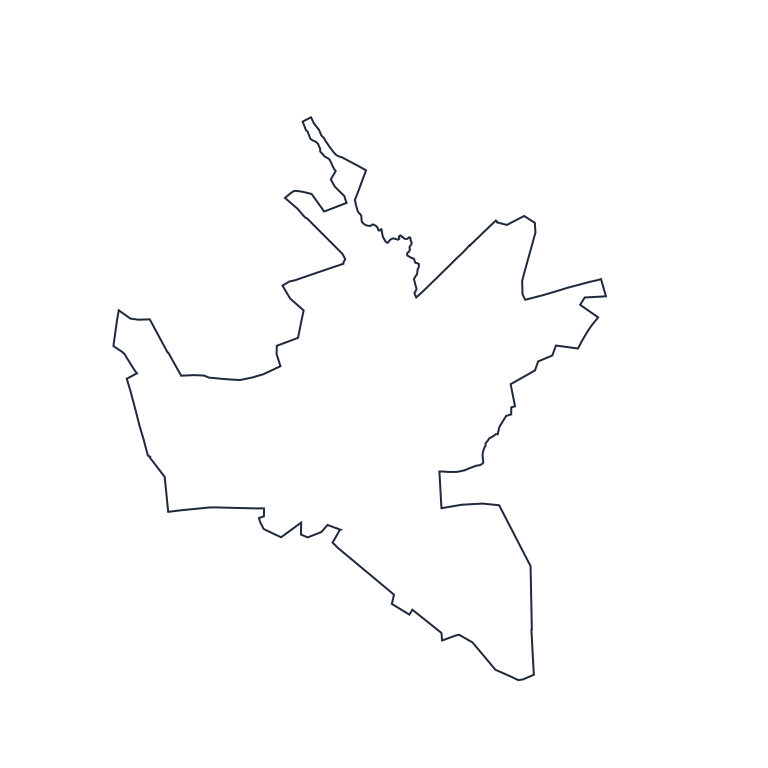 Valka, Valkas, Latvia (orthographic projection), rotated 28°
{"feature_id": "27541924B34676349154335", "entity_name": "Valka", "entity_type": "district", "adm_level": 2, "iso_a3": "LVA", "parent_name": "Latvia", "parent_adm1": "Valkas", "projection": "orthographic", "projection_center": [25.998, 57.777], "detail": "fine", "context": "isolated", "style": "outline", "palette": "slate", "viewbox_px": 768, "rotation_deg": 28, "n_neighbors": 0, "source": "geoboundaries", "source_scale": "gbopen_adm2", "svg_char_len": 5901}
<svg xmlns="http://www.w3.org/2000/svg" viewBox="0 0 768 768"><g transform="rotate(28 384 384)"><path d="M629.7,531.2L598.9,476.0L542.6,437.0L527.2,443.3L520.7,447.2L509.0,454.3L504.7,457.7L499.6,461.6L493.1,466.7L490.0,461.7L476.7,439.7L474.0,435.3L477.5,433.4L481.6,431.7L489.5,427.5L491.2,426.1L495.4,422.6L496.5,421.3L499.5,417.7L502.6,414.1L504.3,412.4L506.6,410.8L507.8,409.2L508.3,408.1L508.6,407.1L508.5,406.7L504.7,401.1L503.6,398.7L502.9,395.7L502.5,392.2L502.7,391.2L501.8,389.2L501.6,388.6L501.8,387.4L502.2,385.4L502.5,382.4L503.7,380.7L505.7,377.4L506.2,375.9L506.6,375.6L508.0,375.0L507.9,374.7L506.9,371.0L506.0,367.8L506.8,354.9L510.6,351.1L507.3,344.8L510.2,342.2L505.6,336.6L495.9,324.7L499.3,319.4L510.9,301.2L509.5,291.7L519.2,279.9L517.8,269.3L538.6,261.6L538.6,257.7L538.5,253.2L538.8,247.4L539.1,241.3L539.7,235.7L541.8,224.7L541.3,224.6L520.0,222.0L520.6,213.4L538.8,202.4L526.8,189.9L526.4,189.5L523.5,192.3L518.4,196.6L500.2,213.5L495.4,218.4L491.2,222.6L482.6,231.0L469.2,243.3L464.2,239.8L457.6,228.2L455.2,217.9L450.7,197.6L446.6,179.1L441.4,170.8L436.6,170.5L433.5,170.2L431.0,170.0L428.9,169.8L428.0,171.2L427.8,171.5L426.5,173.2L425.4,174.9L424.4,176.3L423.3,177.9L422.1,179.6L421.1,181.0L420.1,182.4L419.2,183.9L417.9,185.8L413.0,187.0L408.1,188.2L407.8,187.5L407.1,187.5L406.4,187.4L406.0,187.2L403.8,193.8L402.9,196.5L402.3,198.3L401.8,199.8L401.5,200.6L401.3,201.2L400.9,202.4L400.9,202.6L400.8,202.8L400.3,204.2L399.7,206.3L399.0,208.4L398.5,210.1L398.0,211.7L397.3,213.5L396.8,215.2L396.3,216.8L396.2,217.0L395.6,218.6L395.1,220.3L394.9,221.4L394.5,221.2L394.1,222.5L393.7,224.1L393.3,225.8L392.8,227.5L392.3,229.3L391.9,231.0L391.3,232.6L390.7,234.3L390.2,235.9L390.0,236.3L388.8,239.9L388.3,241.5L386.4,247.8L384.0,255.4L382.9,258.8L381.0,264.9L379.8,268.7L378.5,272.6L375.6,281.8L374.1,286.3L371.9,292.1L371.8,292.4L370.3,291.3L368.2,289.4L368.0,288.9L368.3,287.1L368.2,285.1L367.1,283.6L366.6,283.3L361.3,277.4L361.1,276.7L361.4,272.9L361.7,272.0L360.2,267.6L359.8,267.1L359.9,265.2L359.5,263.5L358.4,261.8L357.1,261.6L354.9,262.2L354.5,262.1L353.9,261.6L352.1,259.7L350.5,259.3L349.2,259.8L345.8,259.6L344.2,259.6L343.7,258.8L343.4,258.5L343.2,258.0L343.1,257.5L343.3,257.0L343.4,256.6L343.7,255.9L344.0,254.5L343.6,252.9L342.5,251.7L342.4,251.0L342.3,250.5L342.3,249.6L342.5,248.7L342.5,248.0L342.3,246.8L342.1,246.3L341.4,245.6L340.6,245.1L340.2,244.8L339.8,244.2L339.4,243.6L338.8,242.7L338.1,242.4L337.5,242.5L337.3,242.7L336.9,243.8L336.5,244.8L335.6,245.4L334.8,245.8L333.8,246.1L333.5,246.1L332.4,245.6L331.5,245.6L330.6,245.7L330.4,245.6L330.2,245.4L329.7,245.1L329.4,245.0L329.1,245.0L328.6,245.2L328.3,245.7L328.0,246.7L328.3,247.3L328.9,247.9L329.2,248.2L329.3,248.7L329.0,249.4L328.6,250.0L328.4,250.1L327.6,250.1L326.6,250.4L326.0,250.5L324.2,250.9L323.4,251.5L322.5,252.4L322.1,253.2L321.5,254.5L321.4,255.6L321.3,256.9L321.1,257.3L320.6,257.7L320.3,257.8L319.6,257.8L318.4,257.4L317.7,257.0L314.7,255.1L313.6,254.2L312.7,253.2L312.4,252.8L311.5,251.6L310.8,250.9L310.4,250.3L310.0,249.7L309.8,249.2L309.6,248.9L309.1,248.6L308.6,248.8L308.5,249.3L308.4,249.7L308.2,250.3L307.7,250.7L306.9,250.9L306.6,250.7L306.3,250.4L305.6,249.5L305.4,249.3L304.8,248.9L304.2,248.8L302.7,248.1L301.0,248.2L299.1,248.4L297.9,250.6L297.3,251.1L294.1,252.2L292.5,252.3L290.5,252.0L288.6,251.4L287.6,250.4L285.4,246.8L284.5,245.7L280.7,244.4L280.1,244.0L278.6,242.7L274.2,238.0L273.0,236.2L271.9,235.4L271.8,234.7L271.6,232.0L270.8,225.7L269.6,217.1L269.5,215.9L269.0,212.8L268.9,211.6L268.8,210.8L267.8,203.7L259.6,203.6L254.4,203.6L253.1,203.6L240.4,203.6L236.6,204.3L234.2,204.2L230.7,203.0L224.2,200.0L221.4,198.5L219.0,197.2L215.2,194.9L211.9,193.9L207.3,190.1L199.8,186.8L194.3,182.8L189.0,190.5L195.0,195.7L195.6,196.4L198.0,197.0L202.0,200.4L204.0,202.1L206.7,202.4L210.2,202.1L213.2,203.1L217.4,206.5L218.5,208.7L221.8,209.8L225.0,211.0L228.6,211.0L230.1,211.2L233.6,213.5L237.1,216.3L239.7,218.0L241.3,218.6L241.4,219.0L241.0,226.8L241.0,228.4L247.9,232.8L260.8,236.7L262.7,238.7L265.9,241.7L250.2,259.8L230.9,250.2L222.9,252.2L218.1,253.8L214.1,255.6L213.2,257.1L212.6,258.2L212.2,258.9L209.2,266.2L219.4,268.5L225.6,269.9L232.3,272.6L236.2,274.0L238.3,273.9L280.3,286.8L285.1,288.3L286.2,288.6L291.1,291.9L291.2,296.2L291.7,296.9L290.2,298.5L281.2,308.0L271.8,318.0L256.4,334.5L255.6,335.2L252.4,337.8L248.2,344.7L254.5,348.7L261.0,352.6L266.1,353.8L278.5,356.8L281.4,366.8L286.4,383.6L280.0,390.9L271.4,400.6L275.2,408.1L284.2,416.9L273.1,431.8L264.4,440.3L255.0,448.1L242.8,453.7L226.5,460.5L221.2,461.0L212.0,465.4L201.0,471.9L178.8,457.6L178.2,457.8L146.8,436.9L140.7,440.4L137.0,442.5L129.4,445.3L115.2,443.5L118.4,453.2L126.7,476.0L127.3,477.5L129.9,477.8L132.6,478.0L134.6,478.3L137.2,478.5L138.9,478.9L140.6,479.3L142.2,480.1L144.6,481.7L148.6,483.9L151.2,485.5L156.2,488.3L158.2,489.4L160.1,490.3L160.9,490.5L154.4,500.1L163.6,509.4L178.2,525.1L187.1,535.0L193.8,541.8L197.2,545.2L198.9,547.0L200.4,548.7L201.7,550.0L202.1,550.5L206.7,555.5L207.2,555.9L209.0,558.0L209.3,558.0L211.6,558.0L211.6,558.8L234.0,569.0L248.8,591.2L252.0,596.0L253.5,598.2L263.6,591.1L287.8,575.0L292.1,572.6L295.8,570.7L303.5,566.9L317.5,559.9L331.4,552.9L332.8,552.0L336.4,550.2L337.0,551.2L340.1,557.2L336.5,561.0L339.1,563.8L345.8,568.5L358.7,568.0L365.1,567.6L375.9,545.3L381.4,555.9L388.6,555.3L398.2,544.1L400.3,535.0L414.0,533.1L413.5,533.7L413.1,548.2L414.6,548.6L420.3,550.4L421.2,550.6L428.5,552.1L451.1,556.8L483.0,563.5L489.8,564.9L491.8,565.4L492.3,567.4L493.4,571.5L494.1,574.5L499.6,574.8L507.6,575.3L514.7,575.7L515.0,570.3L515.0,570.0L527.0,572.2L530.2,572.8L536.1,573.9L546.3,575.9L551.1,576.7L551.9,577.3L552.9,578.7L555.6,583.2L555.9,583.0L565.0,572.8L567.9,570.2L572.9,570.3L583.0,570.6L584.4,571.0L616.5,584.0L633.2,582.8L641.6,582.4L645.4,579.6L652.8,570.4L629.4,531.6L629.7,531.2Z" fill="none" stroke="#1e293b" stroke-width="2"/></g></svg>